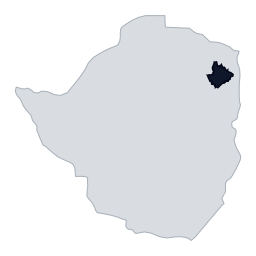 location of Mutoko, Mashonaland East, Zimbabwe
{"feature_id": "62879985B11813721132111", "entity_name": "Mutoko", "entity_type": "district", "adm_level": 2, "iso_a3": "ZWE", "parent_name": "Zimbabwe", "parent_adm1": "Mashonaland East", "projection": "robinson", "projection_center": [32.255, -17.423], "detail": "fine", "context": "in_parent", "style": "filled", "palette": "ink", "viewbox_px": 256, "rotation_deg": 0, "n_neighbors": 0, "source": "geoboundaries", "source_scale": "gbopen_adm2", "svg_char_len": 5399}
<svg xmlns="http://www.w3.org/2000/svg" viewBox="0 0 256 256"><path d="M191.2,240.4L188.5,238.5L185.0,237.3L180.5,236.7L174.6,236.9L167.4,238.0L159.6,236.7L151.3,233.2L144.4,231.9L136.2,233.4L135.9,233.5L134.4,232.3L132.2,229.7L128.4,229.2L127.4,228.6L126.6,227.6L126.0,226.4L125.8,225.0L126.4,220.8L126.1,220.3L125.1,219.8L123.0,219.3L118.0,217.3L111.8,215.4L101.7,213.4L97.8,212.8L96.9,212.2L95.8,210.6L93.8,205.7L91.9,202.5L87.6,197.5L86.9,195.9L87.1,191.9L87.4,188.7L87.8,186.0L87.6,183.5L87.5,180.3L87.6,178.2L87.0,177.2L85.4,176.6L80.9,176.3L75.5,176.4L75.3,173.2L74.8,168.2L73.7,165.4L72.5,163.9L69.9,162.3L64.9,160.2L58.0,156.9L52.1,152.2L45.3,146.2L43.1,145.2L40.6,139.6L36.7,130.0L37.0,126.8L36.4,125.2L32.6,120.5L31.8,118.1L31.1,115.6L25.2,108.7L23.2,105.7L21.6,101.8L20.1,98.7L18.8,97.5L17.1,95.4L15.9,93.0L15.4,91.2L15.8,88.8L16.3,87.1L21.9,88.8L25.0,89.0L27.4,88.1L30.3,89.3L33.9,92.4L37.7,93.0L41.9,91.1L47.5,91.6L54.6,94.7L60.4,95.4L67.4,92.6L73.6,85.0L79.4,77.8L85.1,69.4L88.5,62.7L93.6,57.3L100.3,53.1L107.1,49.5L117.5,45.2L119.6,41.6L120.3,37.6L120.3,32.2L120.8,28.7L121.9,27.1L123.6,25.8L125.9,24.2L132.7,20.0L138.5,17.4L145.6,15.6L153.3,15.6L160.7,15.6L164.9,15.6L165.0,20.8L165.3,26.7L166.2,27.3L171.8,27.4L180.7,27.9L189.4,28.2L194.9,32.5L196.7,33.4L202.5,34.6L209.8,41.7L218.6,42.4L224.7,44.6L230.0,47.1L233.1,50.0L235.0,50.7L237.7,50.9L239.0,51.2L238.7,53.3L237.0,56.9L237.2,62.0L239.6,69.1L240.0,75.3L239.2,86.2L239.2,96.7L239.5,100.5L239.9,103.0L240.4,104.4L240.3,105.9L238.8,110.4L237.6,115.0L237.6,116.9L237.1,118.2L236.3,119.4L232.4,121.5L231.8,122.9L231.8,125.3L232.3,127.3L233.7,128.1L235.4,129.2L236.1,130.7L236.1,132.3L235.6,135.3L234.0,140.2L235.6,145.8L237.3,149.5L239.7,153.7L240.6,156.3L240.6,158.2L240.2,160.0L236.7,167.7L234.1,172.5L231.0,177.7L226.8,180.9L225.8,182.5L225.4,184.2L225.5,188.1L225.3,192.1L221.8,198.3L224.0,203.7L223.5,204.1L222.3,204.9L217.2,210.9L212.1,217.0L208.3,221.4L204.1,226.5L199.3,232.1L195.2,237.0L191.2,240.4Z" fill="#d9dde1" stroke="#a8b0b8" stroke-width="1"/><path d="M228.3,80.9L228.4,80.5L228.4,80.3L228.5,80.3L228.6,80.2L228.8,79.9L229.0,79.8L229.0,79.6L229.3,79.4L229.6,79.5L229.8,79.4L230.0,79.3L230.1,79.1L230.1,78.8L230.2,78.7L230.2,78.4L230.3,78.2L230.2,77.9L230.2,77.7L230.1,77.4L230.4,77.0L230.5,77.0L230.8,76.9L231.1,76.7L231.3,76.6L232.0,76.5L232.2,76.4L232.5,76.1L232.8,76.0L232.8,75.8L232.9,75.7L232.8,75.4L232.8,75.0L232.9,74.7L233.0,74.6L233.1,74.4L230.7,72.6L229.3,72.1L228.7,71.9L227.9,71.6L227.7,71.5L227.5,71.4L227.8,70.1L227.7,70.0L227.7,69.9L227.6,70.0L227.2,70.2L226.7,70.3L226.4,70.5L226.2,70.5L225.7,70.3L225.7,70.2L225.6,69.9L225.6,69.7L225.5,69.2L225.3,69.0L225.3,68.9L225.2,68.9L225.2,68.7L224.9,68.4L224.8,68.2L224.7,68.0L224.7,67.9L224.7,67.6L224.5,67.4L224.4,67.3L224.2,67.4L224.1,67.5L223.9,67.5L223.8,67.4L223.7,67.4L223.6,67.6L223.4,67.6L223.2,67.6L223.0,67.8L222.9,67.9L222.6,67.9L222.8,67.1L222.5,66.7L222.3,66.3L222.1,65.9L221.9,65.6L221.7,65.3L221.6,65.1L221.4,64.6L221.3,64.8L221.2,64.9L221.2,65.0L220.9,65.1L220.3,65.4L220.1,66.1L220.1,66.3L220.0,66.5L219.9,66.3L219.8,66.2L219.7,66.0L219.6,65.9L219.4,65.9L219.2,65.9L218.8,65.9L218.2,66.1L217.9,66.1L217.7,66.1L217.5,65.9L217.5,65.5L217.4,65.3L217.2,64.7L217.1,64.4L217.1,63.9L217.0,63.7L216.9,63.6L216.9,63.3L216.8,63.1L216.8,62.9L216.7,62.6L216.7,62.4L216.6,62.1L216.6,61.9L216.4,61.9L216.2,62.0L215.9,62.1L215.7,62.1L215.4,62.1L215.1,62.0L214.7,62.0L214.4,62.1L214.2,62.1L214.2,62.7L214.1,62.8L214.1,63.1L214.0,63.4L214.1,63.5L214.0,63.8L213.9,63.8L213.8,64.0L213.7,64.3L213.7,64.5L213.5,64.8L213.3,65.4L213.3,65.5L213.2,65.6L213.1,65.9L213.0,66.1L212.9,66.2L212.9,66.4L212.9,66.5L212.7,66.9L212.6,67.1L212.6,67.4L212.4,67.7L212.4,67.9L212.4,68.1L212.5,68.2L212.7,68.5L212.7,68.8L212.6,69.1L212.7,69.4L212.7,69.5L212.7,69.9L213.0,70.3L213.2,70.5L213.3,70.5L213.4,70.8L213.5,70.9L213.6,71.2L213.9,71.6L214.0,71.7L214.0,71.8L213.9,72.0L213.7,72.2L213.7,72.3L213.6,72.2L213.4,72.2L213.2,72.3L213.0,72.6L212.9,72.8L212.9,73.0L213.0,73.2L213.1,73.3L213.1,73.8L213.2,74.0L213.0,74.4L212.9,74.4L212.7,74.5L212.4,74.5L212.2,74.7L211.9,74.6L211.7,74.7L211.4,74.5L211.1,74.7L210.8,75.0L210.6,75.2L210.4,75.1L210.1,75.1L209.9,75.0L209.7,75.0L209.5,74.9L209.4,75.0L209.2,74.9L208.9,74.9L208.7,74.9L208.6,75.0L208.2,75.2L208.0,75.3L207.7,75.4L207.4,75.3L208.0,76.8L208.3,77.3L208.2,77.3L209.6,80.4L209.8,81.0L210.0,81.3L210.1,81.5L210.5,81.6L211.6,82.0L212.1,82.4L212.0,82.5L211.9,82.6L211.9,82.8L211.7,82.9L211.7,83.2L211.8,83.2L211.8,83.3L211.7,83.5L211.6,83.8L211.6,84.1L215.2,84.8L215.1,85.1L214.6,85.9L215.1,86.5L215.4,86.6L215.4,87.5L216.5,86.7L217.8,87.7L218.1,87.3L218.2,87.2L218.3,87.2L218.5,87.0L218.6,86.9L218.8,86.8L218.9,86.6L219.1,86.4L219.3,86.4L219.3,86.2L219.5,85.7L219.7,85.4L219.9,85.4L220.0,85.4L220.0,85.2L220.3,84.8L220.5,84.7L220.7,84.8L220.8,84.8L220.8,84.7L221.0,84.7L221.1,84.3L221.3,84.3L221.4,84.2L221.7,83.9L222.0,83.7L222.4,83.4L222.5,83.3L222.6,83.2L222.9,83.1L223.2,83.1L223.4,83.0L223.5,83.1L223.7,82.9L223.8,82.8L224.0,83.0L224.4,83.0L224.5,82.9L224.4,82.8L224.4,82.7L224.5,82.6L224.9,82.3L225.0,82.3L225.0,82.2L225.2,81.8L225.3,81.6L225.5,81.5L225.8,81.5L225.9,81.3L226.1,81.0L226.4,81.0L226.6,81.2L226.9,81.3L227.0,81.3L227.1,81.2L227.3,81.2L227.4,81.3L227.5,81.3L227.5,81.2L227.5,80.9L227.7,80.7L227.8,80.6L228.0,80.6L228.1,80.8L228.3,80.9L228.3,80.9Z" fill="#0f172a" stroke="#020617" stroke-width="1.5"/></svg>